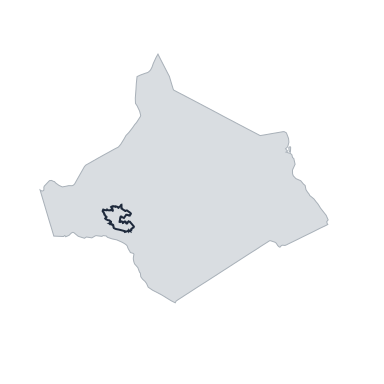 location of Turkana South, Rift Valley, Kenya, rotated 298°
{"feature_id": "3690345B86728655085245", "entity_name": "Turkana South", "entity_type": "district", "adm_level": 2, "iso_a3": "KEN", "parent_name": "Kenya", "parent_adm1": "Rift Valley", "projection": "mercator", "projection_center": [35.73, 2.378], "detail": "fine", "context": "in_parent", "style": "outline", "palette": "slate", "viewbox_px": 384, "rotation_deg": 298, "n_neighbors": 0, "source": "geoboundaries", "source_scale": "gbopen_adm2", "svg_char_len": 7256}
<svg xmlns="http://www.w3.org/2000/svg" viewBox="0 0 384 384"><g transform="rotate(298 192 192)"><path d="M86.3,229.2L86.2,224.7L86.9,213.2L86.8,203.1L87.4,198.0L89.9,194.8L91.0,192.5L91.8,189.3L93.1,186.6L96.1,184.5L96.6,183.3L99.8,179.7L101.6,175.0L103.1,173.4L104.8,172.0L106.1,171.2L108.1,170.5L109.7,170.0L110.0,169.7L110.2,168.9L109.6,166.0L110.3,165.1L111.4,163.2L112.7,161.4L113.8,160.3L114.4,159.1L114.7,157.1L114.8,155.6L114.8,153.3L114.4,148.0L113.1,143.5L112.3,138.6L112.9,136.9L111.8,134.0L111.3,133.8L110.5,133.2L109.4,130.4L108.5,127.9L108.0,127.3L104.5,125.1L102.7,119.9L100.7,118.8L99.7,113.6L99.5,112.2L100.6,107.0L100.5,105.8L99.3,104.8L95.9,103.7L93.2,101.5L93.6,100.8L93.8,100.0L92.4,99.5L88.2,90.7L93.6,85.4L98.9,80.1L105.8,73.3L112.1,67.1L117.6,61.7L122.5,56.9L122.4,57.8L122.4,59.0L123.0,59.8L124.0,60.3L125.4,59.7L126.6,59.0L127.8,58.8L135.1,60.8L136.3,62.6L136.3,64.4L136.6,65.8L136.0,67.2L135.4,71.3L135.6,75.1L137.8,77.9L139.7,80.1L141.3,83.2L142.4,84.1L144.0,84.6L149.1,84.7L156.5,84.9L163.7,85.1L164.3,85.2L165.9,85.6L172.5,89.8L178.5,93.6L183.6,96.9L188.6,100.2L193.4,103.3L197.1,105.9L200.8,106.7L206.8,107.1L211.0,107.2L214.8,108.3L220.5,109.3L224.8,109.8L227.3,110.4L234.5,111.0L235.6,110.7L238.8,107.8L242.3,103.1L243.7,100.5L248.2,97.9L256.2,94.4L261.9,91.8L268.1,89.3L271.0,91.5L274.9,95.0L276.7,96.8L278.1,97.5L280.2,98.1L282.8,98.1L284.2,98.0L287.1,97.5L293.9,97.1L297.8,97.2L294.5,101.8L290.6,107.4L283.4,117.8L277.9,123.2L273.8,127.3L273.4,128.0L273.4,132.6L273.5,143.8L273.6,166.1L273.6,188.5L273.7,210.8L273.8,221.9L273.8,225.7L277.4,230.4L281.0,235.0L285.7,241.1L288.2,244.3L288.6,245.4L288.5,247.6L284.6,252.1L281.4,254.2L277.2,255.2L275.9,255.0L274.2,254.3L273.6,255.4L273.1,257.1L272.1,256.8L271.4,256.3L271.9,259.3L272.3,260.8L271.7,262.8L269.6,264.6L269.4,266.1L264.9,270.0L258.6,270.4L255.2,272.3L253.8,273.9L252.6,277.4L253.0,282.7L251.3,286.8L250.9,288.8L247.6,291.5L246.2,293.9L245.1,296.4L244.2,297.5L243.1,303.0L241.5,306.4L241.1,307.5L240.7,308.5L239.6,310.5L238.8,311.9L238.2,312.8L234.4,321.4L231.3,325.3L229.0,324.9L227.4,326.4L227.2,327.1L226.4,326.7L224.4,325.3L220.4,322.3L216.3,319.4L212.2,316.5L208.1,313.5L204.1,310.6L200.0,307.7L195.9,304.7L191.9,301.8L189.5,300.1L188.4,299.1L187.6,297.0L187.2,296.5L186.1,295.9L184.8,295.7L184.5,295.4L184.5,294.4L184.9,293.0L186.4,290.3L186.6,288.7L186.3,286.9L185.8,284.0L185.4,283.4L182.7,281.9L177.1,278.7L171.4,275.6L165.8,272.4L160.1,269.2L154.5,266.1L148.8,262.9L143.2,259.8L137.5,256.6L131.9,253.5L126.2,250.3L120.6,247.2L115.0,244.0L109.3,240.8L103.7,237.7L98.0,234.5L92.4,231.4L90.2,230.2L88.3,229.2L86.3,229.2ZM274.2,259.8L273.2,260.1L273.7,258.6L276.6,256.6L277.8,257.1L278.0,257.5L278.0,257.9L277.5,258.3L274.2,259.8Z" fill="#d9dde1" stroke="#a8b0b8" stroke-width="1"/><path d="M125.2,151.5L127.3,153.6L127.5,153.7L127.6,153.8L127.8,153.8L127.9,154.2L128.0,154.2L127.9,154.3L128.0,154.3L127.9,154.5L128.0,154.6L127.9,154.7L127.9,154.8L128.0,154.9L128.2,155.0L128.2,155.3L128.3,155.3L128.4,155.5L128.5,155.5L128.5,155.8L128.6,155.7L128.6,155.8L129.0,155.7L129.1,155.8L129.3,155.8L129.5,155.9L129.8,155.9L130.2,155.9L130.3,155.9L130.3,156.0L130.5,155.9L130.7,156.0L130.8,156.0L131.1,155.9L131.4,156.1L131.5,156.2L131.8,156.3L131.8,156.2L132.0,156.3L132.3,156.4L132.4,156.5L132.5,156.5L132.8,156.7L133.0,156.8L133.2,157.0L133.4,157.0L133.5,157.2L134.0,157.4L134.0,157.5L135.9,152.8L136.1,152.1L136.4,151.6L136.5,151.4L136.6,151.2L136.4,150.8L136.3,150.6L136.3,150.3L136.3,150.0L136.3,149.8L136.2,149.8L136.1,149.7L135.8,149.6L135.3,149.5L134.3,149.6L134.2,149.6L133.9,149.6L133.7,149.4L133.5,149.2L133.4,149.0L133.4,148.9L133.5,148.6L133.7,148.3L133.9,148.1L134.3,147.7L134.5,147.5L134.6,147.4L134.6,147.2L134.6,146.9L134.5,146.6L134.4,146.4L134.2,146.2L133.9,146.1L133.6,146.1L133.4,146.1L133.3,145.7L133.1,145.6L132.4,145.7L132.2,145.5L132.3,145.4L132.6,145.0L132.8,144.6L133.0,144.2L133.1,143.8L133.1,143.7L132.4,143.2L131.9,142.8L131.7,142.6L131.6,142.1L131.8,142.0L132.0,141.9L132.4,141.8L132.6,141.7L132.8,141.7L133.3,141.6L133.6,141.6L134.0,141.3L134.2,141.2L134.5,141.1L135.0,141.1L135.4,140.8L135.6,140.8L135.8,140.9L136.2,140.7L136.3,140.6L136.5,140.6L136.8,140.6L137.0,140.7L137.1,140.9L137.1,141.1L137.2,141.3L137.0,141.7L136.9,142.0L137.0,142.3L137.0,142.8L137.1,143.1L137.1,143.4L137.1,143.6L137.1,143.8L137.1,144.1L141.0,144.6L141.4,145.3L141.4,145.5L141.3,145.8L141.6,146.3L141.7,146.5L141.6,147.0L141.6,147.4L141.6,147.6L142.0,147.9L142.1,148.1L142.5,148.0L142.6,147.9L143.0,148.1L143.3,148.3L143.5,148.3L144.0,148.1L144.3,148.1L144.5,147.7L144.6,147.0L144.8,146.5L144.9,144.9L145.1,144.1L145.2,143.5L145.1,143.1L145.0,142.9L144.8,142.7L144.6,142.5L144.5,142.3L144.3,142.2L144.0,142.2L143.9,142.0L143.9,141.6L144.1,140.4L144.1,139.7L144.2,138.9L144.4,138.3L144.5,138.0L144.4,137.8L144.3,137.6L144.4,137.4L144.7,137.3L145.0,137.2L145.3,137.1L145.5,137.0L145.6,136.8L145.6,136.7L145.9,136.6L146.0,136.5L146.2,136.4L146.3,136.3L146.7,136.3L147.0,136.1L147.3,135.9L147.6,135.7L147.4,135.5L147.2,135.5L146.9,135.5L146.5,135.5L146.2,135.6L145.6,135.3L144.8,134.9L144.5,134.7L144.2,134.5L143.8,134.6L143.6,134.6L143.4,134.5L143.4,134.4L143.6,134.0L143.7,133.8L143.8,133.3L143.8,132.6L143.7,132.1L143.3,131.8L143.2,131.7L143.3,131.6L143.4,131.2L143.4,130.9L143.3,130.7L143.1,130.5L142.6,130.2L142.4,129.8L142.5,129.3L142.5,129.1L142.4,129.1L142.2,128.9L141.8,128.3L141.1,127.7L140.8,127.6L140.7,127.9L140.7,128.0L140.6,128.4L140.5,128.5L139.9,129.4L139.4,130.0L139.0,130.4L138.5,130.8L138.3,130.8L138.2,130.8L138.2,130.5L138.2,130.4L138.2,130.2L138.3,130.1L138.4,129.9L138.4,129.7L138.5,129.6L138.5,129.1L138.4,128.6L138.5,128.4L138.5,128.1L138.4,128.3L137.9,128.4L137.6,128.5L137.3,128.3L136.9,127.3L136.7,127.0L136.6,126.7L136.4,126.1L136.3,125.8L136.4,125.5L136.5,125.3L136.3,125.3L136.2,125.4L135.7,125.1L135.4,124.2L135.2,123.8L135.0,123.5L135.0,123.3L134.9,123.1L135.0,122.9L134.9,122.6L134.9,122.3L134.7,122.2L134.7,121.9L134.3,121.9L134.1,122.1L133.8,122.0L133.6,122.0L133.4,122.0L133.1,122.1L132.9,122.4L132.9,122.5L132.8,122.8L132.5,123.3L132.5,123.7L132.3,123.9L132.0,124.1L131.9,124.3L131.8,124.6L131.7,124.8L131.1,125.1L131.0,125.4L130.9,125.4L130.9,125.5L130.8,125.9L130.6,126.3L130.4,126.5L130.1,127.1L130.1,127.3L129.9,127.4L129.9,127.6L129.8,127.8L129.7,128.0L129.7,128.3L129.3,128.3L128.9,128.1L128.5,127.9L128.0,127.8L127.8,127.8L127.6,128.8L127.5,129.1L127.6,129.8L127.6,130.6L127.7,131.1L127.9,131.6L128.1,132.0L128.0,132.3L128.1,132.6L127.9,133.0L127.8,133.3L127.9,133.5L127.7,133.9L127.8,134.2L127.8,134.4L127.3,134.7L127.1,134.7L126.9,134.4L126.8,134.2L126.7,134.2L126.4,134.2L126.1,134.0L125.9,133.9L125.5,133.9L125.4,133.8L125.4,134.0L125.3,134.3L125.5,134.3L125.4,134.5L125.6,134.6L125.5,134.8L125.7,135.3L125.8,135.4L125.7,135.5L125.5,135.9L125.7,136.0L125.6,136.3L125.7,136.6L125.9,136.5L126.0,136.8L125.9,136.9L125.7,136.9L125.7,137.0L125.8,137.3L125.7,137.4L125.6,137.5L125.7,137.8L125.8,138.0L125.6,138.2L125.3,138.2L125.2,138.3L125.0,138.5L124.8,138.7L124.6,139.0L124.3,139.0L124.1,139.2L123.9,139.4L123.5,139.9L123.5,141.0L123.6,142.2L123.7,142.6L124.5,145.2L125.8,150.6L125.7,150.6L125.7,150.8L125.5,151.0L125.4,151.0L125.3,151.3L125.2,151.5Z" fill="none" stroke="#1e293b" stroke-width="2"/></g></svg>